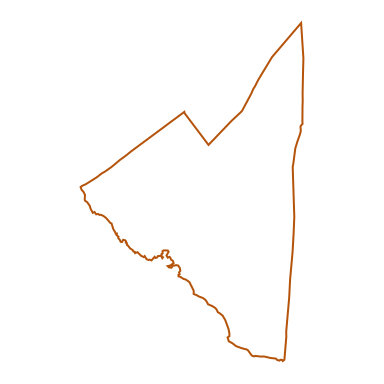 the district of Gagaemauga II (PART), A'ana, Samoa
{"feature_id": "51752279B80386032280412", "entity_name": "Gagaemauga II (PART)", "entity_type": "district", "adm_level": 2, "iso_a3": "WSM", "parent_name": "Samoa", "parent_adm1": "A'ana", "projection": "natural_earth1", "projection_center": [-171.93, -13.977], "detail": "fine", "context": "isolated", "style": "outline", "palette": "amber", "viewbox_px": 384, "rotation_deg": 0, "n_neighbors": 0, "source": "geoboundaries", "source_scale": "gbopen_adm2", "svg_char_len": 2152}
<svg xmlns="http://www.w3.org/2000/svg" viewBox="0 0 384 384"><path d="M80.6,187.0L81.6,189.8L83.5,191.9L85.0,194.9L84.7,199.6L85.0,200.6L87.3,202.3L89.9,206.1L90.6,208.8L92.8,212.8L94.5,212.0L96.2,214.3L98.2,214.0L99.4,214.9L101.1,214.8L103.8,216.2L106.2,218.1L110.5,223.1L111.5,223.4L113.4,229.3L115.3,232.4L115.7,233.7L116.9,233.6L116.7,235.3L118.5,236.7L118.2,238.1L119.7,239.7L120.7,241.8L122.0,242.0L123.2,239.8L125.2,240.3L126.1,241.4L125.8,242.7L126.8,243.0L127.0,245.0L127.9,245.5L130.1,248.4L132.7,250.1L133.5,251.6L134.8,251.8L135.1,253.1L137.5,252.2L141.1,255.8L143.8,257.1L144.7,256.1L146.5,259.1L148.5,260.0L149.7,259.7L151.5,260.4L154.6,256.8L155.5,258.0L157.2,257.4L157.9,256.1L161.1,255.8L162.3,258.2L163.0,257.3L161.4,255.7L161.5,254.1L162.6,253.5L162.5,251.1L163.6,250.4L167.8,250.5L168.6,251.7L166.5,255.6L167.8,257.6L169.3,256.8L170.2,257.5L171.0,259.6L172.9,260.9L173.6,263.1L170.3,265.5L167.7,266.1L169.0,267.4L171.5,267.7L173.0,265.5L174.3,265.7L176.0,265.1L178.3,265.6L179.9,268.2L180.3,270.8L179.1,272.4L179.6,274.2L178.5,274.8L178.5,276.3L180.4,276.9L183.5,278.9L185.9,279.6L189.4,282.1L193.7,290.7L193.7,294.0L196.5,295.1L199.1,296.6L202.7,297.9L205.1,299.6L206.5,301.3L208.1,304.3L212.1,306.0L214.6,307.5L216.4,309.2L217.9,312.3L219.5,313.1L222.7,315.7L225.3,320.2L228.5,328.9L229.4,333.3L229.4,336.2L227.6,337.4L228.8,341.3L232.5,343.3L236.0,346.1L242.3,348.4L246.5,349.4L247.9,350.2L251.7,355.5L253.9,356.4L255.3,355.9L259.9,356.5L264.2,356.5L270.6,358.0L276.0,358.6L277.2,360.0L279.5,360.6L280.3,359.8L282.1,359.9L282.8,361.0L284.4,359.7L286.3,337.0L286.2,331.7L289.2,297.4L290.1,279.5L292.6,251.6L293.6,233.4L294.3,217.0L292.7,166.9L293.3,163.8L295.3,148.4L297.4,141.5L300.0,134.2L300.8,131.0L300.5,126.4L301.2,125.3L302.6,123.8L302.4,122.0L302.5,107.1L302.7,100.9L302.6,93.1L303.0,74.1L303.4,58.2L301.1,23.0L272.0,57.1L258.4,79.6L255.0,86.3L253.1,89.3L251.3,93.6L242.2,110.6L241.0,112.0L231.6,120.8L208.5,144.9L184.5,113.1L184.3,111.9L141.6,143.6L130.8,151.6L126.3,155.3L120.1,159.8L111.1,167.3L104.6,171.8L101.6,173.5L96.6,177.4L85.6,184.3L82.2,185.8L80.6,187.0Z" fill="none" stroke="#b45309" stroke-width="2"/></svg>